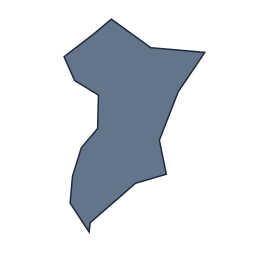 outline of Livadia Lefosias, Nicosia, Cyprus, rotated 275°
{"feature_id": "46923920B98591883747598", "entity_name": "Livadia Lefosias", "entity_type": "district", "adm_level": 2, "iso_a3": "CYP", "parent_name": "Cyprus", "parent_adm1": "Nicosia", "projection": "mercator", "projection_center": [33.012, 34.95], "detail": "fine", "context": "isolated", "style": "filled", "palette": "slate", "viewbox_px": 256, "rotation_deg": 275, "n_neighbors": 0, "source": "geoboundaries", "source_scale": "gbopen_adm2", "svg_char_len": 381}
<svg xmlns="http://www.w3.org/2000/svg" viewBox="0 0 256 256"><g transform="rotate(275 128 128)"><path d="M210.0,197.9L210.0,143.6L235.0,101.9L218.4,85.3L193.4,58.1L170.6,70.7L158.2,95.7L124.9,97.8L104.2,83.2L75.1,76.9L48.1,76.9L37.0,85.7L21.0,98.3L30.4,98.6L73.6,140.3L85.3,170.2L118.7,160.3L168.5,174.9L210.0,197.9Z" fill="#64748b" stroke="#1e293b" stroke-width="1.5"/></g></svg>